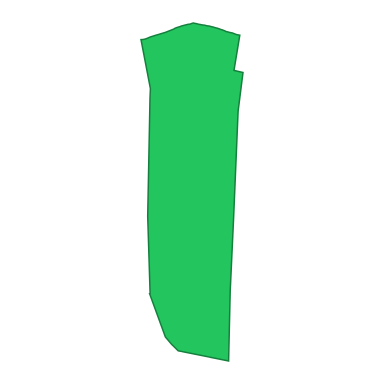 Sidi Barani, Matruh, Egypt
{"feature_id": "37247803B34514127980105", "entity_name": "Sidi Barani", "entity_type": "district", "adm_level": 2, "iso_a3": "EGY", "parent_name": "Egypt", "parent_adm1": "Matruh", "projection": "mercator", "projection_center": [25.953, 30.453], "detail": "fine", "context": "isolated", "style": "filled", "palette": "green", "viewbox_px": 384, "rotation_deg": 0, "n_neighbors": 0, "source": "geoboundaries", "source_scale": "gbopen_adm2", "svg_char_len": 1143}
<svg xmlns="http://www.w3.org/2000/svg" viewBox="0 0 384 384"><path d="M239.8,35.2L236.6,34.6L235.0,34.0L234.3,33.7L233.5,33.4L233.3,33.3L232.2,32.9L231.4,32.8L230.6,32.6L229.9,32.5L228.9,32.2L228.6,32.1L227.7,31.9L225.7,31.4L224.8,30.8L223.9,30.5L222.6,30.0L222.4,29.9L220.6,29.4L219.4,28.9L218.3,28.5L217.9,28.4L217.4,28.2L216.3,28.0L215.8,27.8L215.4,27.7L214.5,27.5L213.5,27.1L213.1,27.0L212.9,27.0L211.6,26.7L210.5,26.4L209.8,26.2L209.3,26.1L208.9,26.0L208.5,26.0L208.1,25.9L207.8,25.9L207.4,25.9L207.1,25.8L206.6,25.7L205.5,25.4L205.0,25.3L204.7,25.2L203.9,25.1L203.0,25.0L201.6,24.8L200.3,24.5L198.9,24.3L197.4,23.9L195.8,23.5L194.9,23.4L193.5,23.0L192.4,23.2L190.1,24.1L188.1,24.3L185.3,25.0L183.4,25.5L181.4,26.0L180.3,26.5L176.7,27.6L174.9,28.3L173.9,29.0L170.9,30.2L165.3,32.4L161.6,33.5L158.4,34.5L156.2,35.1L153.1,36.1L150.2,37.0L148.6,37.7L147.2,38.3L145.7,38.9L144.1,39.3L143.1,39.5L141.0,39.6L150.4,88.6L150.0,97.9L147.7,216.3L150.1,293.6L149.6,293.7L165.4,337.0L171.5,344.2L178.2,350.8L228.6,361.0L230.2,291.5L233.6,218.1L238.1,111.3L243.0,72.5L234.0,70.4L239.8,35.2Z" fill="#22c55e" stroke="#15803d" stroke-width="1.5"/></svg>